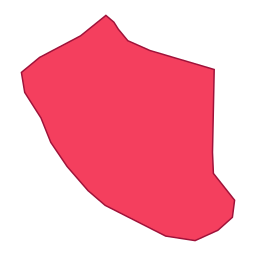 the Provincial City of Keelung City
{"feature_id": "TWN-1164", "entity_name": "Keelung City", "entity_type": "Provincial City", "adm_level": 1, "iso_a3": "TWN", "parent_name": "Taiwan", "parent_adm1": "", "projection": "equal_earth", "projection_center": [121.703, 25.114], "detail": "fine", "context": "isolated", "style": "filled", "palette": "rose", "viewbox_px": 256, "rotation_deg": 0, "n_neighbors": 0, "source": "natural_earth", "source_scale": "10m", "svg_char_len": 389}
<svg xmlns="http://www.w3.org/2000/svg" viewBox="0 0 256 256"><path d="M105.9,15.4L113.9,22.2L118.3,29.2L127.8,40.7L149.9,50.5L214.2,69.5L212.5,152.3L213.4,173.4L234.6,200.2L232.4,217.3L218.0,230.2L195.1,240.6L165.7,236.1L105.2,205.4L88.1,190.7L67.1,166.5L50.8,142.4L41.0,118.0L24.7,92.4L21.4,72.4L39.6,57.4L80.6,35.8L105.9,15.4Z" fill="#f43f5e" stroke="#9f1239" stroke-width="1.5"/></svg>